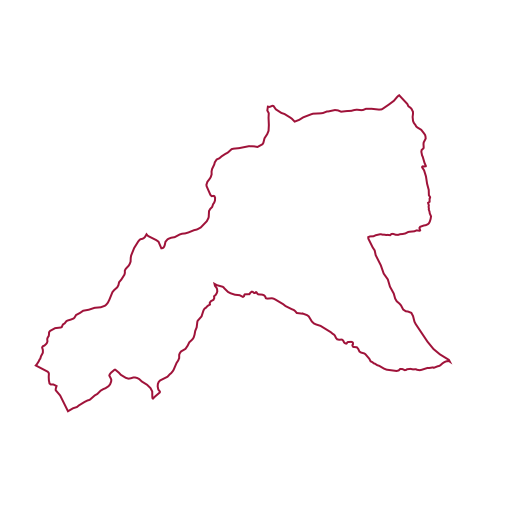 the district of Jenesano, Boyacá, Colombia, rotated 97°
{"feature_id": "7082276B5512700200640", "entity_name": "Jenesano", "entity_type": "district", "adm_level": 2, "iso_a3": "COL", "parent_name": "Colombia", "parent_adm1": "Boyacá", "projection": "orthographic", "projection_center": [-73.37, 5.373], "detail": "fine", "context": "isolated", "style": "outline", "palette": "rose", "viewbox_px": 512, "rotation_deg": 97, "n_neighbors": 0, "source": "geoboundaries", "source_scale": "gbopen_adm2", "svg_char_len": 6078}
<svg xmlns="http://www.w3.org/2000/svg" viewBox="0 0 512 512"><g transform="rotate(97 256 256)"><path d="M391.5,461.2L396.2,448.7L397.0,447.7L398.2,447.2L401.3,447.0L404.7,446.4L407.7,445.4L408.5,444.1L408.2,441.5L409.4,438.1L411.4,438.5L412.8,438.6L413.7,438.4L418.3,433.4L433.0,423.7L429.4,419.0L427.7,415.3L425.8,413.5L421.7,408.3L419.9,405.6L419.3,404.1L418.8,403.3L414.0,399.0L412.3,396.7L408.6,393.8L406.7,391.3L405.6,389.3L403.2,386.5L401.2,385.2L398.4,384.5L396.6,384.5L395.2,385.2L392.6,387.0L391.4,386.8L389.5,385.7L386.1,382.5L386.0,381.8L388.5,377.9L390.4,375.7L392.8,370.4L393.3,367.6L392.6,365.3L391.5,362.9L391.3,361.2L391.6,359.0L392.4,356.9L394.5,354.0L397.1,348.4L400.0,344.6L403.1,342.5L408.7,341.7L409.9,341.3L410.1,340.9L407.9,339.2L403.2,334.9L402.6,334.8L402.1,335.0L400.7,336.5L399.9,336.9L397.4,337.7L394.9,337.8L392.8,337.2L391.2,336.0L386.6,329.1L383.8,327.1L382.7,326.0L380.5,324.6L379.0,323.9L371.8,321.8L369.2,320.5L367.7,320.1L366.7,319.8L363.4,320.2L361.8,319.8L359.9,318.8L356.8,314.7L353.3,312.9L349.8,311.7L347.2,309.5L345.6,308.4L344.3,307.9L341.5,307.4L337.8,307.2L334.1,306.2L328.4,306.2L327.4,306.0L322.6,302.7L316.4,301.5L314.8,300.8L314.1,300.3L313.8,299.7L311.4,297.9L309.8,295.8L308.3,296.2L307.8,296.1L306.3,295.2L304.7,292.9L302.8,292.3L301.2,292.7L300.6,292.4L299.9,291.5L297.8,290.5L295.9,290.1L293.6,290.6L292.4,291.3L290.6,293.1L288.7,293.8L289.7,291.3L290.6,285.3L291.1,284.3L291.8,283.7L295.1,279.4L296.1,276.7L297.0,272.2L296.9,267.5L298.2,264.0L297.3,263.0L295.9,262.8L295.4,262.4L294.7,257.9L293.1,257.1L291.9,255.8L292.0,254.9L293.0,253.3L292.8,252.4L291.9,251.7L291.9,251.2L293.3,250.0L293.8,249.1L293.6,245.3L293.9,243.5L295.0,242.0L296.7,241.1L296.8,240.7L296.9,239.4L296.0,235.1L296.2,233.3L296.8,231.6L300.5,223.2L302.1,220.6L304.4,214.1L305.0,211.9L306.0,210.3L307.6,208.6L307.6,202.8L307.4,202.7L308.5,198.1L309.5,196.3L314.2,192.6L315.9,190.3L316.6,188.1L317.5,183.4L322.5,172.5L323.9,170.4L324.4,169.2L325.3,168.1L327.6,166.6L328.8,165.3L329.0,163.2L328.5,160.8L328.7,160.0L329.8,158.8L331.0,158.1L331.6,157.3L332.0,155.9L331.9,155.5L330.6,154.8L330.2,154.3L329.6,151.1L329.8,149.8L330.2,149.3L331.0,149.1L331.8,149.0L332.4,149.4L333.2,149.4L334.4,148.4L334.3,144.8L335.8,143.2L338.2,141.7L339.0,140.1L339.5,136.7L340.1,135.5L344.2,131.0L346.6,129.4L347.2,127.5L348.2,126.0L348.4,124.8L349.6,122.4L350.0,120.3L352.2,115.2L352.9,112.5L353.0,102.5L352.2,100.4L350.6,99.2L350.5,98.8L350.4,96.8L351.2,94.4L350.7,93.0L350.0,92.3L349.2,89.0L349.4,86.3L348.9,83.5L349.3,82.4L349.4,79.6L348.8,77.8L346.2,72.1L346.1,70.6L345.0,66.8L345.3,66.0L345.1,65.5L343.3,62.2L342.9,61.0L342.1,59.8L339.8,57.8L338.3,56.0L337.3,54.2L336.8,51.6L337.2,50.8L335.6,51.9L331.2,61.5L326.7,68.5L320.1,75.4L304.1,89.2L301.9,90.7L296.5,92.8L293.5,94.9L292.6,98.4L292.6,100.6L291.2,103.4L287.3,106.1L285.7,107.9L283.8,110.8L281.3,112.7L276.5,114.7L270.1,119.3L263.2,122.3L257.9,127.1L250.0,131.0L240.6,137.3L236.0,138.9L233.3,141.2L225.1,146.6L223.6,146.9L222.7,145.3L222.1,141.8L220.8,139.7L219.3,135.5L219.2,134.5L219.4,132.9L219.2,131.3L219.3,129.2L219.0,128.0L219.0,125.4L217.7,124.3L217.4,123.2L217.4,122.3L217.9,119.9L217.7,117.5L216.8,115.6L216.3,113.1L215.4,110.5L213.7,108.0L213.3,106.9L212.2,101.9L211.0,99.7L211.0,96.6L210.5,96.2L208.3,97.2L207.0,96.6L205.3,93.2L204.7,91.2L203.5,89.3L202.5,88.4L200.7,87.7L197.9,87.2L195.3,87.1L192.6,88.7L190.8,89.2L188.8,90.2L187.7,90.2L186.2,90.7L184.7,90.6L182.3,91.7L181.0,90.3L177.8,90.7L177.0,90.3L176.3,90.4L174.6,91.8L169.4,92.6L163.4,95.0L156.3,97.0L150.5,99.6L147.8,101.9L147.1,101.9L146.7,101.5L146.6,99.5L146.2,98.4L145.9,98.4L143.0,100.1L137.0,102.7L136.0,103.4L132.4,104.6L130.6,104.5L128.7,102.9L127.9,102.8L124.4,103.4L122.8,103.4L118.8,101.9L116.8,102.3L115.3,102.9L114.0,104.0L110.6,107.4L108.8,111.4L107.9,112.8L106.8,113.5L104.6,115.6L102.8,116.6L98.9,117.5L95.7,117.5L93.7,117.8L91.0,119.6L90.0,120.8L88.8,123.0L86.7,124.3L79.0,133.5L79.6,134.2L81.1,135.4L85.1,138.0L89.6,142.7L94.7,148.5L95.2,149.3L95.7,151.7L95.8,159.4L96.4,164.0L96.5,164.8L98.0,167.5L98.4,169.1L98.5,173.8L99.2,176.4L100.3,179.1L101.1,183.7L102.4,189.1L101.5,192.4L101.5,195.4L103.7,201.8L103.9,203.2L105.9,206.9L106.5,209.1L107.8,216.7L108.5,218.3L112.6,226.0L115.6,229.7L117.9,234.0L115.4,237.1L114.4,238.9L111.6,245.0L110.9,248.3L108.0,254.2L105.0,256.9L104.9,258.0L106.4,260.7L106.3,262.4L110.2,262.5L112.6,260.8L113.1,260.7L117.2,260.4L124.5,259.2L130.2,258.8L133.6,259.7L138.1,261.9L142.8,262.5L144.3,263.2L147.6,267.8L147.4,271.4L147.9,276.5L151.0,285.9L152.2,291.3L152.9,293.2L156.6,296.4L157.8,297.9L158.1,298.5L161.2,302.2L163.5,304.3L165.0,306.8L168.0,308.3L170.3,308.6L175.0,310.2L177.5,310.4L180.4,310.0L183.0,310.5L184.5,311.1L188.3,313.3L191.4,313.9L192.8,313.5L200.9,308.7L202.0,307.3L201.5,305.3L201.7,304.6L203.2,303.7L206.0,303.5L208.1,304.0L209.8,304.9L212.7,305.5L214.9,307.2L217.1,308.1L222.9,307.7L224.3,307.9L227.5,309.1L234.4,314.3L236.2,316.8L237.0,318.1L237.9,320.6L240.9,326.0L242.2,329.0L242.9,332.1L243.9,334.3L247.2,339.0L248.2,342.4L249.3,344.5L250.2,345.8L252.9,347.6L256.2,347.9L257.9,348.3L259.1,349.0L259.8,350.3L259.9,350.9L253.7,354.5L252.4,356.9L249.5,365.0L248.9,366.2L247.8,367.3L250.6,368.5L251.5,369.2L252.2,369.9L253.0,371.3L253.2,372.2L253.9,373.3L255.8,374.6L262.9,377.9L270.8,380.0L273.1,380.1L276.9,379.8L279.3,380.4L281.0,381.1L284.6,383.7L285.6,384.1L286.6,384.4L288.7,384.1L290.5,384.3L295.6,386.7L298.7,388.7L301.7,389.0L304.0,389.9L307.2,392.7L309.4,394.1L317.2,396.2L320.3,397.3L321.5,398.0L322.9,399.0L323.8,399.9L325.8,403.8L327.1,409.9L329.7,415.4L331.4,420.9L333.9,423.7L336.5,427.4L339.4,428.7L340.3,429.5L341.7,432.1L342.9,434.9L343.7,436.2L346.2,437.7L347.5,439.3L350.3,440.2L350.8,441.2L352.1,446.6L355.4,451.2L356.7,452.0L357.5,452.1L358.6,451.9L360.7,452.0L362.3,452.8L363.8,453.1L366.2,452.6L367.7,452.9L368.8,453.5L370.5,454.9L371.0,455.5L371.2,456.2L372.4,457.0L373.0,457.1L375.2,456.1L377.5,455.8L378.4,455.9L381.7,457.2L384.2,457.6L385.1,458.2L387.0,458.8L390.1,460.3L391.5,461.2Z" fill="none" stroke="#9f1239" stroke-width="2"/></g></svg>